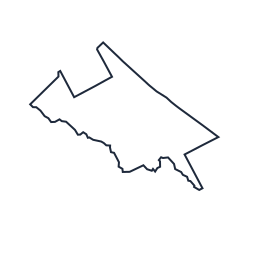 outline of Volusia, Florida, United States of America, rotated 333°
{"feature_id": "52423323B44461654915973", "entity_name": "Volusia", "entity_type": "district", "adm_level": 2, "iso_a3": "USA", "parent_name": "United States of America", "parent_adm1": "Florida", "projection": "equal_earth", "projection_center": [-81.228, 29.02], "detail": "fine", "context": "isolated", "style": "outline", "palette": "slate", "viewbox_px": 256, "rotation_deg": 333, "n_neighbors": 0, "source": "geoboundaries", "source_scale": "gbopen_adm2", "svg_char_len": 1110}
<svg xmlns="http://www.w3.org/2000/svg" viewBox="0 0 256 256"><g transform="rotate(333 128 128)"><path d="M163.3,215.5L167.0,215.5L166.4,177.3L186.5,177.1L204.4,177.1L195.5,159.0L182.6,133.6L180.8,129.9L178.3,124.4L176.1,118.4L170.1,108.4L167.2,101.7L166.6,100.4L165.7,98.1L164.2,94.0L153.6,66.1L151.7,60.4L149.8,55.1L144.7,40.5L137.2,42.7L136.1,44.0L136.6,57.8L137.0,75.1L129.6,75.3L118.0,75.7L94.0,76.1L93.5,46.4L91.3,46.6L89.4,50.6L51.6,62.5L52.8,66.3L55.7,67.8L57.9,72.8L59.1,79.6L61.5,83.1L62.2,87.8L65.7,89.4L70.9,89.2L72.1,91.8L75.7,94.3L79.9,105.6L80.3,111.2L82.5,112.2L86.1,111.4L88.0,114.6L87.8,118.5L89.2,118.8L91.6,122.7L98.0,127.9L99.6,130.4L100.8,133.6L104.1,135.5L103.1,137.2L101.9,141.8L104.3,143.8L104.4,154.4L102.1,158.2L104.5,161.8L103.4,164.8L109.6,167.8L117.2,168.0L124.8,168.2L126.3,173.4L129.8,176.9L131.7,175.8L132.4,179.1L136.0,177.0L139.0,177.1L141.4,172.2L140.9,170.6L144.2,169.1L145.5,170.6L150.3,172.4L152.7,180.9L151.4,186.0L155.4,191.4L155.6,194.6L158.5,198.3L157.8,202.3L159.5,203.6L161.0,209.5L160.1,210.5L163.3,215.5Z" fill="none" stroke="#1e293b" stroke-width="2"/></g></svg>